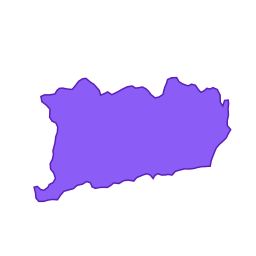 the district of Sardoá, Minas Gerais, Brazil, rotated 169°
{"feature_id": "56859067B85118179369931", "entity_name": "Sardoá", "entity_type": "district", "adm_level": 2, "iso_a3": "BRA", "parent_name": "Brazil", "parent_adm1": "Minas Gerais", "projection": "natural_earth1", "projection_center": [-42.402, -18.781], "detail": "fine", "context": "isolated", "style": "filled", "palette": "violet", "viewbox_px": 256, "rotation_deg": 169, "n_neighbors": 0, "source": "geoboundaries", "source_scale": "gbopen_adm2", "svg_char_len": 1807}
<svg xmlns="http://www.w3.org/2000/svg" viewBox="0 0 256 256"><g transform="rotate(169 128 128)"><path d="M183.3,81.6L178.9,83.3L175.4,81.4L174.4,77.0L171.6,75.0L166.9,75.0L163.4,74.5L159.5,73.6L155.7,75.0L152.5,76.8L147.4,75.2L142.5,77.1L137.7,76.8L132.4,74.8L128.9,77.7L125.9,78.3L121.5,79.2L118.0,79.4L115.1,77.6L113.0,73.6L110.7,76.2L107.7,77.5L103.9,75.4L100.6,74.8L97.6,74.8L93.7,73.4L89.8,76.4L85.5,76.8L80.6,77.1L75.7,76.1L71.3,75.7L66.9,76.0L63.6,76.0L59.0,75.4L54.6,74.8L52.6,80.0L50.0,84.3L47.4,88.3L45.1,91.6L41.5,94.5L36.9,97.2L33.3,99.7L31.0,102.9L27.5,106.9L30.1,111.4L29.2,116.2L26.9,121.6L26.2,127.6L24.6,132.6L24.3,136.3L27.9,136.6L30.8,131.5L32.5,135.7L31.3,142.7L33.0,148.7L36.9,151.4L40.1,150.6L43.0,151.9L45.8,150.2L49.7,149.1L51.9,152.9L53.6,157.0L57.2,158.9L60.8,157.9L63.9,159.5L66.6,161.4L69.2,163.8L70.6,168.2L75.7,169.0L79.9,168.0L81.6,164.7L84.4,160.5L87.3,154.3L91.5,152.5L95.7,152.4L99.1,156.4L100.9,160.3L103.0,163.1L106.0,165.5L109.9,165.5L113.0,165.7L115.8,168.4L120.8,168.6L125.8,167.3L129.9,165.9L133.2,164.9L137.6,163.8L141.0,167.3L144.9,166.2L148.6,165.5L149.0,170.3L151.5,174.6L153.3,177.5L156.5,180.6L159.7,184.7L163.2,185.0L167.5,183.3L171.6,179.6L175.4,176.5L180.1,177.8L184.4,179.6L187.8,180.0L190.6,178.4L193.2,175.4L196.6,175.4L199.6,175.6L203.5,176.5L207.5,175.6L207.5,170.3L203.7,165.9L201.0,161.3L202.9,153.5L201.2,149.2L197.8,146.7L196.8,142.3L198.2,137.2L200.6,133.2L202.3,127.8L204.5,123.1L206.0,120.1L206.3,116.0L208.1,111.9L211.2,107.8L211.8,102.5L209.5,98.0L208.8,92.4L212.0,88.7L216.0,87.6L218.1,84.9L222.5,82.9L225.5,84.3L228.2,88.0L231.5,87.8L231.2,82.2L231.7,76.7L229.6,73.0L224.8,72.1L220.1,72.5L215.9,72.3L210.9,71.0L207.2,74.8L203.1,78.1L198.2,78.5L193.2,78.9L188.9,81.4L183.3,81.6Z" fill="#8b5cf6" stroke="#5b21b6" stroke-width="1.5"/></g></svg>